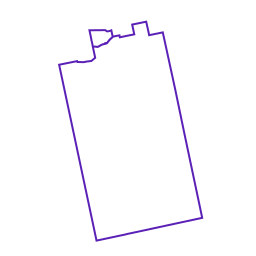 Anangu Pitjantjatjara Yunkunytjatjara, South Australia, Australia (Robinson projection), rotated 258°
{"feature_id": "25037944B76937209298521", "entity_name": "Anangu Pitjantjatjara Yunkunytjatjara", "entity_type": "district", "adm_level": 2, "iso_a3": "AUS", "parent_name": "Australia", "parent_adm1": "South Australia", "projection": "robinson", "projection_center": [130.361, -27.059], "detail": "fine", "context": "isolated", "style": "outline", "palette": "violet", "viewbox_px": 256, "rotation_deg": 258, "n_neighbors": 0, "source": "geoboundaries", "source_scale": "gbopen_adm2", "svg_char_len": 3280}
<svg xmlns="http://www.w3.org/2000/svg" viewBox="0 0 256 256"><g transform="rotate(258 128 128)"><path d="M24.4,73.8L24.4,74.1L24.4,74.3L24.4,74.5L24.4,74.8L24.4,75.0L24.4,75.3L24.4,75.5L24.4,75.9L24.4,76.1L24.4,76.4L24.4,76.6L24.4,76.8L24.4,77.1L24.4,77.3L24.4,77.5L24.4,77.8L24.4,78.0L24.4,78.4L24.4,78.7L24.4,78.9L24.4,79.0L24.4,79.3L24.4,79.5L24.4,79.8L24.4,80.0L24.4,80.3L24.4,80.5L24.4,81.0L24.4,81.4L24.4,81.7L24.4,81.8L24.4,82.0L24.4,82.3L24.4,82.5L24.4,82.8L24.4,84.2L24.4,84.4L24.4,84.6L24.4,84.9L24.4,85.1L24.4,85.3L24.4,85.6L24.4,85.8L24.4,86.0L24.4,86.5L24.4,86.9L24.4,87.2L24.4,87.4L24.4,87.6L24.4,87.8L24.4,88.1L24.4,88.3L24.4,88.5L24.4,88.8L24.4,89.0L24.4,89.4L24.4,89.5L24.4,89.9L24.4,90.1L24.4,90.4L24.4,90.6L24.4,90.8L24.4,91.1L24.4,91.3L24.4,91.6L24.4,91.8L24.4,92.0L24.4,92.4L24.4,92.7L24.4,92.9L24.4,93.1L24.4,93.4L24.4,93.6L24.4,93.8L24.4,95.0L24.4,95.4L24.4,95.7L24.4,95.9L24.4,96.1L24.4,96.3L24.4,96.6L24.4,96.8L24.4,97.0L24.4,97.3L24.4,97.5L24.4,98.0L24.4,98.4L24.4,98.6L24.4,98.9L24.4,99.1L24.4,99.3L24.4,99.6L24.4,99.8L24.4,100.0L24.4,100.5L24.4,100.9L24.4,101.2L24.4,101.4L24.4,101.6L24.4,104.2L24.5,104.4L24.5,104.6L24.5,104.8L24.5,105.1L24.5,105.3L24.5,105.8L24.5,106.0L24.5,106.4L24.5,106.7L24.5,106.9L24.5,107.1L24.5,107.4L24.5,107.6L24.5,107.8L24.5,108.1L24.5,108.3L24.5,108.5L24.5,109.0L24.5,109.4L24.5,109.7L24.5,109.8L24.5,110.1L24.5,110.3L24.5,110.6L24.5,110.8L24.5,112.0L24.7,181.9L111.7,182.0L155.3,182.2L198.4,182.0L214.3,181.9L214.3,179.6L214.4,168.0L219.6,168.0L228.2,167.9L228.3,153.6L220.7,153.6L218.3,153.6L218.4,146.0L218.4,138.9L220.4,138.9L220.5,132.5L218.3,128.7L215.2,124.9L215.1,123.8L215.0,120.4L214.6,118.7L214.4,117.9L214.0,117.1L214.0,116.9L213.6,115.2L215.1,110.5L212.6,110.5L203.5,110.5L202.4,108.4L201.2,106.2L201.4,103.3L201.6,101.3L201.6,98.6L202.1,96.3L203.1,92.2L203.6,91.8L204.0,91.9L204.2,73.8L203.3,73.8L202.6,73.8L199.7,73.8L199.0,73.8L192.6,73.8L177.5,73.8L173.7,73.8L173.0,73.8L172.5,73.8L171.9,73.8L171.6,73.8L170.2,73.8L157.5,73.8L156.8,73.8L155.0,73.8L153.3,73.8L152.6,73.8L142.3,73.8L142.0,73.8L141.9,73.8L141.7,73.8L141.4,73.8L141.2,73.8L140.9,73.8L140.7,73.8L140.4,73.8L140.2,73.8L139.9,73.8L139.2,73.8L138.5,73.8L137.8,73.8L137.6,73.8L137.2,73.8L136.4,73.8L135.7,73.8L135.4,73.8L135.2,73.8L128.1,73.8L125.9,73.8L123.1,73.8L120.2,73.8L113.9,73.8L113.2,73.8L112.5,73.8L100.6,73.8L99.8,73.8L91.2,73.8L90.0,73.8L86.2,73.8L85.9,73.8L84.0,73.8L83.9,73.8L83.7,73.8L83.4,73.8L81.7,73.8L81.4,73.8L78.9,73.8L78.4,73.8L78.2,73.8L77.5,73.8L76.8,73.8L76.0,73.8L75.5,73.8L75.1,73.8L72.6,73.8L63.4,73.8L61.4,73.8L60.9,73.8L60.6,73.8L60.3,73.8L57.1,73.8L56.6,73.8L56.0,73.8L54.8,73.8L54.5,73.8L52.8,73.8L51.7,73.8L51.3,73.8L50.7,73.8L50.2,73.8L48.1,73.8L47.4,73.8L42.9,73.8L42.6,73.8L41.2,73.8L39.1,73.8L38.4,73.8L37.7,73.8L33.5,73.8L30.0,73.8L25.1,73.8L24.4,73.8ZM220.5,132.3L220.5,132.0L220.8,132.0L221.6,132.0L221.9,132.0L227.0,132.0L226.8,131.1L226.7,128.4L226.9,127.9L227.0,127.4L227.9,126.6L228.4,126.2L228.7,124.9L231.6,110.6L224.8,110.6L221.0,110.5L218.2,110.6L215.2,110.5L215.0,111.0L213.7,115.1L214.1,116.9L214.1,117.0L214.5,117.9L214.7,118.7L215.1,120.4L215.2,123.4L215.7,123.4L215.7,123.6L215.3,123.6L215.2,123.8L215.3,124.8L218.4,128.6L220.5,132.3Z" fill="none" stroke="#5b21b6" stroke-width="2"/></g></svg>